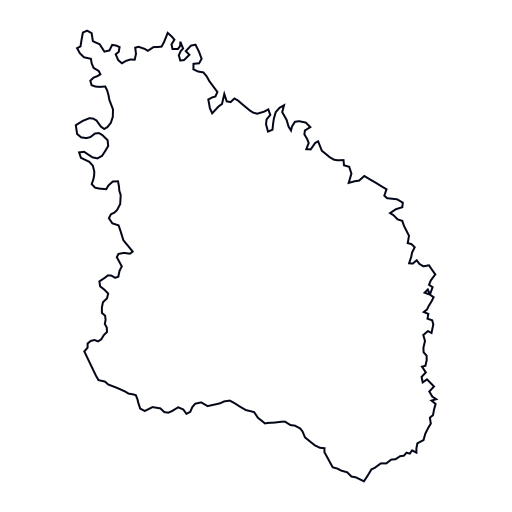 Santo Antônio da Platina, Paraná, Brazil
{"feature_id": "56859067B54951123385144", "entity_name": "Santo Antônio da Platina", "entity_type": "district", "adm_level": 2, "iso_a3": "BRA", "parent_name": "Brazil", "parent_adm1": "Paraná", "projection": "natural_earth1", "projection_center": [-50.102, -23.287], "detail": "fine", "context": "isolated", "style": "outline", "palette": "ink", "viewbox_px": 512, "rotation_deg": 0, "n_neighbors": 0, "source": "geoboundaries", "source_scale": "gbopen_adm2", "svg_char_len": 4457}
<svg xmlns="http://www.w3.org/2000/svg" viewBox="0 0 512 512"><path d="M84.3,351.4L95.9,375.6L98.5,380.1L105.0,381.6L108.2,384.5L116.1,387.5L119.8,389.1L125.1,391.5L128.5,393.6L132.2,394.2L135.8,395.1L137.4,399.1L138.3,402.9L140.2,408.6L144.8,411.0L152.5,407.1L156.2,407.7L160.4,408.4L164.3,412.1L168.3,412.7L171.8,411.2L178.2,407.3L183.3,409.5L186.4,413.8L190.3,411.8L192.3,407.1L195.2,403.7L201.2,402.4L207.6,406.1L216.7,404.1L220.3,403.2L224.2,401.4L229.8,400.6L235.1,403.5L239.7,406.5L245.9,410.1L250.6,411.2L254.2,412.2L257.9,417.8L262.0,421.0L264.9,423.4L268.3,422.9L274.4,422.6L281.8,421.7L285.1,421.7L290.5,425.1L294.8,425.6L300.1,428.4L302.5,431.4L305.0,437.4L311.4,442.6L315.1,445.5L320.0,447.8L324.5,448.2L324.4,452.1L332.7,467.3L337.4,468.6L341.2,470.6L347.2,472.3L351.4,476.5L356.0,477.4L363.9,481.3L367.4,476.1L371.4,469.4L374.8,467.8L380.8,463.4L386.3,463.4L391.2,459.6L395.6,459.2L400.1,456.2L403.9,455.7L406.5,452.7L409.8,453.6L412.1,450.4L416.4,452.6L416.4,448.3L417.4,443.3L423.5,440.1L425.3,433.7L428.1,428.1L430.8,423.6L429.9,417.7L433.0,415.1L434.0,409.7L435.6,403.9L431.5,400.6L436.2,399.2L432.3,396.6L429.3,391.5L434.0,386.5L429.7,382.1L427.0,379.4L422.7,382.4L421.6,376.9L425.8,372.4L422.0,366.7L425.4,365.8L426.7,360.2L426.6,355.7L423.6,352.3L423.4,347.8L425.0,341.0L423.3,335.0L427.9,331.1L431.5,333.0L433.3,324.4L432.2,320.3L427.5,318.7L428.3,313.9L423.8,312.0L427.0,309.5L428.7,306.0L431.7,301.1L433.6,297.2L429.9,294.6L432.6,287.2L429.0,284.8L430.8,280.4L435.3,274.4L431.3,268.8L429.0,265.3L423.4,266.3L419.5,264.0L416.7,260.3L412.7,263.6L409.1,263.3L411.3,256.6L412.0,252.7L414.7,247.3L411.5,244.1L407.7,243.1L409.0,235.8L406.4,230.6L403.9,225.7L402.3,220.9L397.5,219.3L393.5,215.2L390.1,213.1L395.9,209.2L402.3,207.2L402.8,202.7L397.1,199.3L387.1,198.2L384.3,195.7L386.5,189.3L381.3,186.2L376.2,183.0L370.1,179.5L364.3,176.0L359.0,180.7L355.3,181.1L348.7,182.9L349.8,179.2L351.4,173.6L349.2,166.8L344.0,165.3L343.5,160.1L337.8,160.3L334.0,159.7L329.7,157.2L326.6,154.6L321.8,150.7L318.1,141.3L315.1,143.0L310.7,149.4L306.3,149.2L308.7,143.0L307.1,138.9L304.4,134.4L304.9,130.5L310.3,127.1L305.8,122.6L299.2,121.2L294.9,121.8L292.0,126.5L291.0,130.5L288.6,126.7L286.6,119.9L282.2,112.1L284.0,105.3L279.5,107.8L275.7,112.2L273.9,118.5L273.1,123.7L272.5,129.7L268.0,131.6L266.0,124.2L266.6,119.4L270.3,114.9L268.3,109.4L264.0,111.7L257.2,113.7L253.1,112.6L249.7,110.4L242.0,104.0L237.8,100.4L234.4,98.5L230.6,102.1L226.7,101.4L224.3,94.0L222.0,104.0L218.6,106.4L212.2,113.3L209.9,108.3L208.3,99.5L212.2,97.4L215.4,96.5L217.4,92.0L213.0,86.1L209.3,81.1L206.7,76.4L203.4,72.4L198.0,71.5L193.4,69.3L193.5,63.8L199.1,63.3L201.6,58.8L199.1,52.0L195.5,44.7L191.0,45.6L185.8,51.1L189.4,54.8L184.0,60.1L180.3,60.5L178.8,55.3L180.7,51.1L183.1,48.5L180.3,41.7L180.2,45.9L177.9,49.0L172.5,49.0L171.5,44.4L174.4,39.7L171.8,36.6L167.7,32.9L164.1,41.9L161.6,46.6L158.0,47.0L153.5,47.1L147.8,50.8L144.7,48.9L138.6,46.8L135.2,47.7L136.0,53.8L134.7,59.7L130.4,59.5L125.9,60.9L121.9,63.3L118.2,60.1L115.7,54.3L118.7,51.9L119.6,47.1L116.3,45.6L112.2,44.9L109.4,50.5L104.4,51.6L99.6,44.2L95.9,42.6L92.9,41.2L91.6,33.1L87.1,30.7L82.9,32.5L81.6,39.5L80.5,46.4L77.1,48.2L79.9,53.3L84.0,57.3L90.9,58.8L91.7,63.5L93.6,67.9L98.7,71.0L100.4,74.3L97.3,76.2L93.6,77.6L90.3,80.7L91.6,85.2L95.7,86.6L99.7,86.9L105.2,86.5L107.1,90.3L108.3,94.4L109.4,100.0L113.0,109.4L112.8,116.9L110.8,122.9L107.4,127.1L104.2,129.0L100.8,126.5L96.5,120.5L93.2,118.6L89.4,118.2L82.7,120.9L75.8,125.2L77.1,134.0L81.2,137.4L86.3,138.1L90.4,137.1L95.0,133.5L99.0,133.1L102.4,135.1L107.6,140.2L108.2,146.0L105.3,150.9L102.1,155.8L97.4,158.4L92.4,157.3L88.3,154.6L84.1,151.8L79.1,152.4L80.9,157.8L89.3,161.8L92.9,165.8L94.3,171.7L94.1,175.6L93.3,179.6L91.7,184.1L95.1,187.7L99.4,188.6L106.2,189.2L108.5,185.4L112.8,181.5L118.0,181.3L119.0,186.7L119.3,190.7L120.7,195.1L120.2,204.0L117.1,210.0L114.4,212.6L110.9,214.3L108.9,218.2L112.3,223.3L118.6,225.4L120.6,231.3L123.4,240.3L127.4,245.1L132.7,251.6L129.9,253.7L123.9,252.9L118.5,253.9L116.8,257.2L121.8,266.4L119.5,270.9L118.3,276.7L115.1,277.8L111.4,275.6L107.9,275.4L104.8,277.8L99.4,281.4L100.1,286.3L104.4,289.7L108.2,293.6L107.0,298.3L103.0,302.2L101.9,307.2L101.9,312.9L105.1,315.7L105.6,319.9L104.8,323.9L106.8,327.6L107.0,332.0L103.9,335.0L101.2,339.4L98.0,341.4L94.6,340.0L90.8,340.9L87.6,343.5L87.6,347.6L84.3,351.4ZM429.9,294.6L424.6,292.7L427.8,289.5L429.9,294.6Z" fill="none" stroke="#020617" stroke-width="2"/></svg>